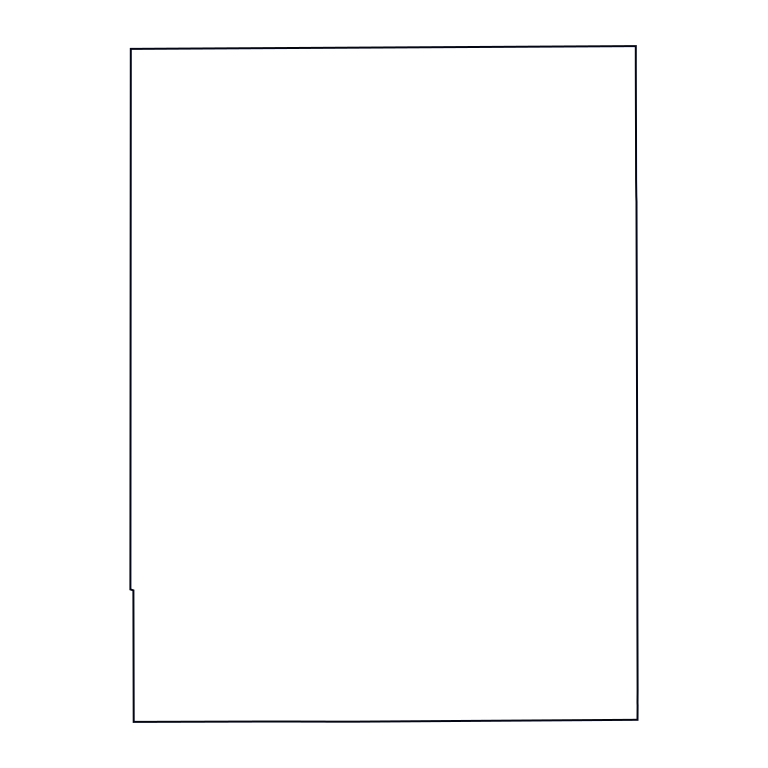 the district of Niobrara, Wyoming, United States of America
{"feature_id": "52423323B65345552187242", "entity_name": "Niobrara", "entity_type": "district", "adm_level": 2, "iso_a3": "USA", "parent_name": "United States of America", "parent_adm1": "Wyoming", "projection": "natural_earth1", "projection_center": [-104.247, 43.056], "detail": "fine", "context": "isolated", "style": "outline", "palette": "ink", "viewbox_px": 768, "rotation_deg": 0, "n_neighbors": 0, "source": "geoboundaries", "source_scale": "gbopen_adm2", "svg_char_len": 398}
<svg xmlns="http://www.w3.org/2000/svg" viewBox="0 0 768 768"><path d="M635.8,46.1L130.8,48.9L130.4,589.4L133.4,590.4L133.7,721.9L275.8,721.5L350.1,721.7L637.5,719.8L637.6,705.3L637.5,703.0L637.6,690.8L637.4,615.3L637.4,611.8L637.1,425.8L636.5,207.3L636.5,201.8L636.3,196.3L636.1,180.0L636.0,130.9L635.9,102.3L635.8,65.3L635.8,46.3L635.8,46.1Z" fill="none" stroke="#020617" stroke-width="2"/></svg>